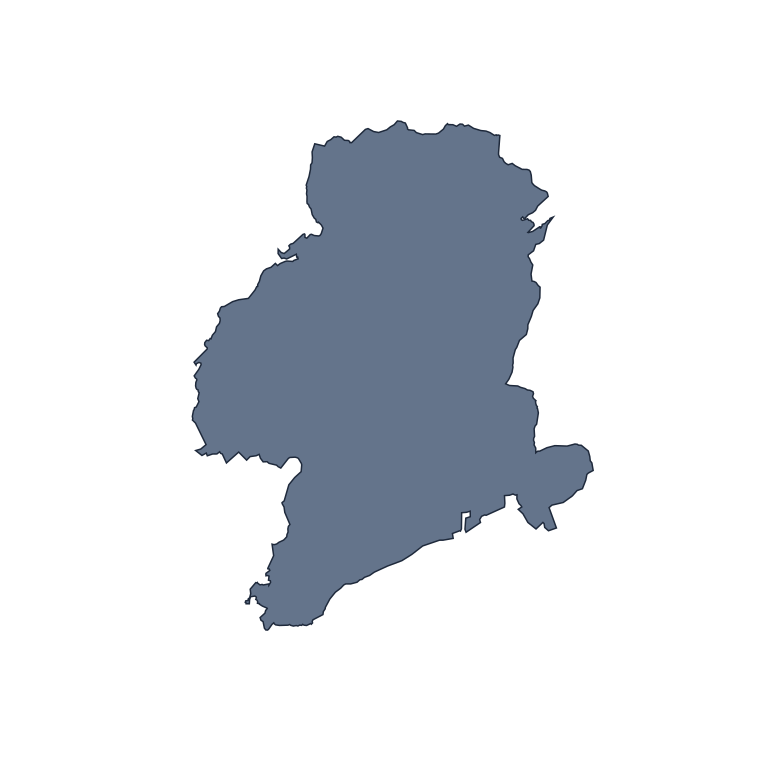 outline of Creaca, Salaj, Romania, rotated 317°
{"feature_id": "2599482B65302894831866", "entity_name": "Creaca", "entity_type": "district", "adm_level": 2, "iso_a3": "ROU", "parent_name": "Romania", "parent_adm1": "Salaj", "projection": "robinson", "projection_center": [23.215, 47.191], "detail": "fine", "context": "isolated", "style": "filled", "palette": "slate", "viewbox_px": 768, "rotation_deg": 317, "n_neighbors": 0, "source": "geoboundaries", "source_scale": "gbopen_adm2", "svg_char_len": 6171}
<svg xmlns="http://www.w3.org/2000/svg" viewBox="0 0 768 768"><g transform="rotate(317 384 384)"><path d="M404.2,603.5L411.9,606.9L420.4,587.0L424.2,587.1L434.3,592.9L445.5,594.3L452.5,593.6L457.7,595.9L466.0,591.9L470.7,588.5L472.8,588.5L478.0,589.9L482.2,583.5L482.5,580.8L485.1,577.3L487.7,572.3L486.5,563.4L484.5,561.3L484.3,560.0L482.7,558.1L475.6,554.3L466.9,545.6L459.7,541.7L452.1,539.3L450.5,537.9L448.1,537.8L451.3,534.3L452.2,530.9L454.1,529.4L455.0,527.1L456.6,525.7L458.4,525.0L463.2,519.2L465.7,517.8L468.2,517.5L477.2,510.4L479.5,506.7L479.5,505.9L480.7,505.2L480.8,503.6L481.8,501.6L483.0,500.0L483.7,499.9L483.5,496.2L484.3,494.3L486.7,493.1L487.7,491.3L486.5,488.2L484.8,486.2L484.0,483.5L481.6,479.6L480.5,476.7L474.7,470.6L473.1,466.8L478.5,465.7L485.7,462.7L489.8,459.6L490.9,457.9L492.7,456.8L496.1,453.0L503.5,448.4L506.0,447.8L512.8,444.5L521.8,444.9L526.8,441.7L529.6,438.8L537.8,435.1L543.2,431.9L551.2,430.3L556.7,427.3L564.2,419.6L563.9,417.2L564.4,413.5L563.7,411.4L562.4,409.6L566.5,403.9L574.0,398.4L574.6,395.0L575.9,391.6L576.2,389.2L577.6,387.9L584.2,388.6L590.2,385.4L593.4,387.2L598.9,387.6L611.9,379.1L621.6,377.3L618.4,376.1L616.4,377.0L615.2,376.2L611.1,376.4L608.6,375.2L607.5,376.1L605.2,376.8L604.7,376.6L605.4,375.5L605.1,375.2L596.8,373.8L592.9,371.8L592.6,371.3L601.7,370.6L602.7,369.4L603.2,367.5L602.5,365.9L602.8,364.3L601.5,363.0L601.7,361.1L596.9,358.8L596.5,357.4L597.2,356.4L599.4,356.4L599.1,357.9L600.2,358.9L605.1,358.6L609.5,360.1L613.3,360.3L617.7,358.7L632.0,358.8L633.7,355.7L633.9,354.4L633.3,352.5L631.5,349.7L630.9,347.7L629.3,341.5L629.3,339.1L629.5,337.5L634.1,331.7L635.9,328.4L636.0,326.6L635.0,324.7L631.4,321.2L628.8,313.8L628.2,310.1L624.3,308.3L623.5,305.6L623.4,303.3L624.5,299.8L623.2,297.0L624.2,294.4L625.5,293.0L638.2,281.3L637.3,279.7L635.9,279.0L636.0,278.3L634.3,277.5L633.0,272.4L631.1,268.6L627.7,264.7L623.9,258.2L622.3,252.2L618.7,250.3L618.6,247.6L616.9,245.7L612.8,245.0L611.2,241.3L607.9,238.1L608.0,236.9L605.1,236.9L601.3,238.1L595.0,237.7L592.3,236.5L584.6,229.1L582.4,228.0L579.1,222.2L579.0,219.1L575.3,214.8L575.1,213.5L575.9,212.8L577.6,207.7L576.2,205.4L575.8,203.8L573.2,200.8L568.3,201.3L564.0,200.3L559.4,200.0L551.6,196.4L548.6,192.3L546.5,186.3L544.0,185.1L524.9,185.4L523.7,184.2L524.3,183.1L523.9,181.5L521.3,178.8L521.0,174.3L519.1,171.3L517.4,170.8L516.0,169.1L511.7,169.0L507.9,167.9L502.8,169.5L497.2,161.1L489.7,165.2L486.0,169.6L482.3,173.1L479.8,173.7L476.7,176.8L470.7,181.1L462.7,185.5L462.1,187.0L460.8,187.8L460.0,189.5L457.0,192.1L455.7,194.3L451.9,198.2L450.9,199.6L451.2,201.3L450.2,203.7L450.0,206.3L447.0,211.2L446.1,215.3L446.4,217.0L445.1,219.4L445.7,221.0L446.4,220.9L446.6,223.2L446.6,225.1L445.7,228.4L440.7,231.2L438.5,231.7L437.2,231.2L434.2,227.8L433.1,225.1L432.0,224.4L427.0,224.7L426.2,222.9L428.2,220.6L428.2,220.0L426.8,219.3L413.5,219.2L411.0,218.0L409.2,218.0L408.6,218.1L408.4,219.4L407.0,220.9L400.0,220.5L398.5,217.8L398.5,213.3L395.5,216.4L394.7,222.4L396.8,223.7L398.1,226.2L408.4,229.3L406.8,231.5L406.7,232.0L407.4,232.3L406.5,233.9L402.5,232.2L400.8,232.1L396.8,227.8L395.2,226.9L390.2,225.1L386.9,224.8L386.8,221.7L381.0,221.6L376.5,219.6L373.1,219.2L367.7,220.9L362.8,224.0L359.5,225.1L358.1,226.5L357.3,226.0L353.8,227.3L343.2,228.9L335.2,223.3L329.4,220.5L320.1,218.4L317.9,216.7L316.1,216.9L313.3,218.5L310.3,219.1L309.1,221.5L309.0,223.9L307.4,225.9L305.0,227.4L300.5,228.0L296.5,230.7L291.7,231.3L288.3,233.0L287.9,232.2L285.4,232.7L284.1,231.0L281.2,231.5L279.8,232.7L279.2,234.0L279.4,237.0L278.6,237.8L260.0,238.5L259.4,242.0L260.7,241.2L263.3,242.0L264.3,243.8L263.5,245.1L258.5,247.0L250.7,248.6L250.1,251.1L250.4,252.4L249.9,253.4L247.5,254.5L244.9,256.9L243.7,259.0L243.5,260.4L244.0,261.4L242.9,263.1L242.9,264.3L237.8,267.7L236.6,270.7L231.0,272.8L229.3,272.1L227.6,273.3L226.7,273.4L221.7,277.0L220.5,279.0L219.3,279.7L219.5,284.0L212.5,307.0L205.6,306.6L200.9,304.2L202.1,312.1L206.9,313.3L205.8,316.0L210.9,318.3L214.1,321.2L217.6,321.5L217.2,323.3L218.0,324.9L214.9,334.3L231.3,334.7L231.6,346.0L236.6,345.8L241.6,349.3L244.7,350.3L243.0,354.0L242.5,358.5L245.5,361.1L245.8,363.6L250.1,370.1L250.2,372.3L251.2,375.1L263.3,373.2L265.0,373.5L269.1,376.9L270.4,379.0L270.6,380.2L269.4,385.7L268.7,387.0L263.6,391.6L254.9,391.5L245.7,392.8L231.3,401.4L228.5,401.2L227.9,402.1L227.0,405.8L223.9,410.2L219.4,422.6L217.0,422.9L214.9,424.4L212.8,426.9L210.4,427.9L208.7,429.4L206.4,429.6L204.1,429.7L199.2,428.1L196.3,427.8L194.0,426.5L192.9,424.8L186.2,434.3L173.2,439.6L173.0,440.0L173.9,441.1L173.3,442.5L168.6,442.0L167.9,442.5L166.9,443.8L168.1,444.5L168.9,446.1L165.7,448.7L166.7,450.4L165.8,451.7L162.5,452.7L163.3,451.6L158.6,448.6L158.2,447.5L156.3,446.3L155.8,443.4L156.0,442.8L155.4,442.8L154.8,441.8L146.2,442.8L143.6,446.4L139.8,448.8L138.4,448.5L137.0,449.5L134.9,448.3L133.5,449.2L133.8,450.2L133.3,450.7L135.6,452.9L138.7,450.0L141.3,448.6L144.9,451.0L145.3,452.4L144.9,453.3L143.3,454.1L143.7,455.3L143.2,457.0L141.9,458.1L143.1,459.6L142.7,460.0L143.6,463.5L145.6,468.1L145.5,468.6L143.0,468.9L140.6,470.4L134.1,470.3L132.9,472.9L133.5,475.3L130.0,481.0L129.8,483.3L131.1,484.6L132.7,484.6L138.2,483.4L140.5,483.5L140.2,484.7L140.5,486.3L142.9,489.3L149.3,494.9L151.0,495.6L151.1,496.7L152.6,499.2L155.1,500.8L156.0,502.3L157.9,502.8L159.2,504.4L160.6,504.3L161.0,505.8L162.7,507.8L167.0,509.2L167.0,510.1L168.8,510.0L169.6,508.6L171.3,508.0L182.1,511.0L184.4,509.1L187.7,508.3L188.7,507.4L197.8,504.3L206.4,503.1L213.1,503.8L217.4,503.5L219.7,504.1L223.3,507.5L229.1,510.6L232.8,510.7L234.6,511.9L237.9,512.1L242.9,514.2L248.6,515.0L262.3,519.5L276.6,525.4L288.1,527.6L301.8,528.8L318.1,536.1L320.7,538.5L329.3,544.1L332.1,540.0L339.3,543.0L339.6,543.7L341.8,542.8L353.0,531.1L356.8,534.1L360.3,535.8L356.6,539.9L352.3,537.9L344.1,545.5L342.9,548.4L360.1,551.1L361.5,548.4L365.1,547.3L368.3,548.4L369.2,549.7L388.2,556.1L391.0,553.7L396.0,547.8L400.0,551.0L403.3,552.4L404.3,554.9L405.7,555.7L402.8,558.7L401.1,563.7L401.3,566.1L400.9,567.9L396.7,567.2L397.1,573.7L394.8,583.4L396.3,593.7L405.8,593.6L405.9,595.2L403.7,598.5L404.2,603.5Z" fill="#64748b" stroke="#1e293b" stroke-width="1.5"/></g></svg>